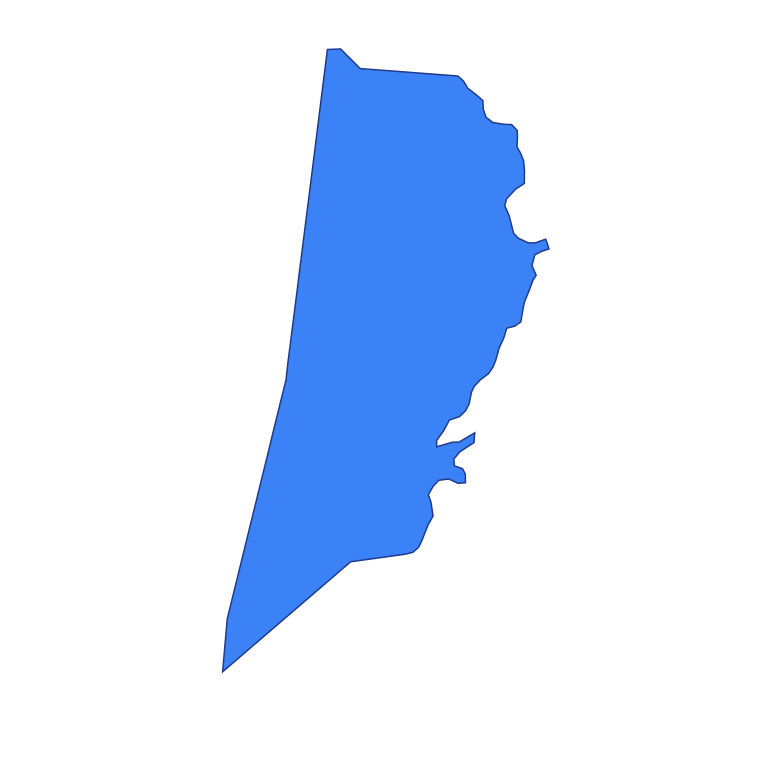 the district of Bento Fernandes, Rio Grande do Norte, Brazil, rotated 103°
{"feature_id": "56859067B20683588640252", "entity_name": "Bento Fernandes", "entity_type": "district", "adm_level": 2, "iso_a3": "BRA", "parent_name": "Brazil", "parent_adm1": "Rio Grande do Norte", "projection": "mercator", "projection_center": [-35.821, -5.669], "detail": "fine", "context": "isolated", "style": "filled", "palette": "blue", "viewbox_px": 768, "rotation_deg": 103, "n_neighbors": 0, "source": "geoboundaries", "source_scale": "gbopen_adm2", "svg_char_len": 1242}
<svg xmlns="http://www.w3.org/2000/svg" viewBox="0 0 768 768"><g transform="rotate(103 384 384)"><path d="M461.9,282.4L453.3,284.6L448.9,288.5L447.9,296.9L441.5,299.1L433.3,295.0L428.4,290.5L420.8,283.1L411.2,284.6L423.7,297.9L425.3,304.2L433.3,318.6L427.2,320.0L416.6,315.5L404.5,312.2L398.7,303.0L391.7,298.5L384.4,296.6L372.2,296.9L366.1,295.6L358.7,291.4L350.2,284.4L343.2,281.7L336.2,280.5L323.0,279.9L312.0,277.6L302.0,277.0L298.2,269.6L292.7,264.7L278.0,265.5L271.7,265.5L259.5,263.5L249.4,262.2L243.8,260.2L235.3,266.5L224.2,266.1L219.3,260.2L215.2,253.6L206.5,259.0L212.6,268.7L214.0,275.4L211.6,286.2L207.9,291.7L192.2,299.7L183.0,306.5L175.9,306.2L164.3,299.4L157.1,292.4L144.9,295.0L135.0,298.2L128.6,302.7L123.1,307.7L113.9,309.4L107.0,311.2L102.5,318.0L104.0,325.7L104.7,337.0L101.1,344.7L93.9,349.1L85.6,351.4L81.7,358.7L76.9,369.1L71.1,374.5L67.3,381.2L82.0,478.1L67.3,501.6L70.8,514.4L186.5,502.5L291.2,491.9L303.3,490.6L386.0,482.3L401.9,480.4L444.1,481.1L472.4,481.4L648.1,483.9L700.7,476.5L564.7,376.5L545.0,324.9L541.5,318.0L535.4,313.6L528.7,312.0L511.5,309.4L501.6,306.5L488.7,311.6L481.8,315.9L472.4,313.0L465.5,309.0L462.0,299.5L464.1,289.5L461.9,282.4Z" fill="#3b82f6" stroke="#1e3a8a" stroke-width="1.5"/></g></svg>